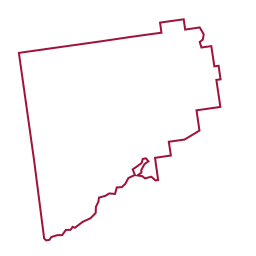 Polk, Florida, United States of America, rotated 82°
{"feature_id": "52423323B51460600730955", "entity_name": "Polk", "entity_type": "district", "adm_level": 2, "iso_a3": "USA", "parent_name": "United States of America", "parent_adm1": "Florida", "projection": "equal_earth", "projection_center": [-81.546, 28.003], "detail": "fine", "context": "isolated", "style": "outline", "palette": "rose", "viewbox_px": 256, "rotation_deg": 82, "n_neighbors": 0, "source": "geoboundaries", "source_scale": "gbopen_adm2", "svg_char_len": 996}
<svg xmlns="http://www.w3.org/2000/svg" viewBox="0 0 256 256"><g transform="rotate(82 128 128)"><path d="M139.2,225.5L146.1,225.5L225.7,226.4L227.9,224.7L227.8,221.4L225.3,219.1L224.3,213.0L224.9,208.0L220.2,203.7L220.9,199.1L218.2,196.6L219.4,194.5L214.6,185.9L212.1,177.6L207.6,171.8L201.7,170.8L197.1,167.7L192.9,166.4L192.0,159.8L190.2,155.7L191.5,150.0L185.3,147.4L185.7,142.4L183.0,138.5L177.6,134.6L175.5,127.7L169.6,129.1L167.7,125.2L164.5,119.3L160.7,117.7L160.5,114.5L163.8,112.4L166.1,116.8L171.5,120.7L174.0,120.9L176.3,125.2L177.7,120.5L180.2,118.3L179.5,111.7L183.7,108.1L183.7,105.4L161.3,105.4L161.2,89.4L158.5,89.4L158.4,89.4L147.3,89.5L147.3,73.6L141.7,60.4L140.5,57.6L120.0,57.7L120.0,56.2L120.0,33.6L92.7,33.8L92.7,29.6L79.0,29.6L79.0,33.9L58.5,34.1L58.5,44.1L52.8,45.0L50.9,41.6L45.7,40.0L38.4,43.0L38.5,57.7L28.1,57.7L28.1,81.6L38.3,81.6L38.2,97.6L38.2,115.6L38.4,141.5L38.4,148.6L38.4,153.9L38.4,225.6L139.2,225.5Z" fill="none" stroke="#9f1239" stroke-width="2"/></g></svg>